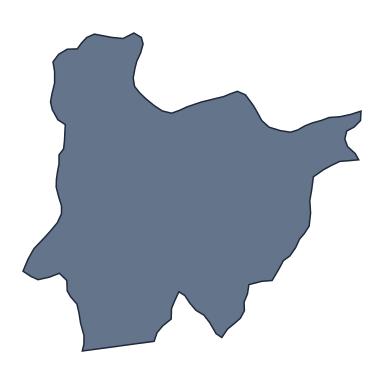 Serrana, São Paulo, Brazil (orthographic projection)
{"feature_id": "56859067B60558189940827", "entity_name": "Serrana", "entity_type": "district", "adm_level": 2, "iso_a3": "BRA", "parent_name": "Brazil", "parent_adm1": "São Paulo", "projection": "orthographic", "projection_center": [-47.608, -21.215], "detail": "fine", "context": "isolated", "style": "filled", "palette": "slate", "viewbox_px": 384, "rotation_deg": 0, "n_neighbors": 0, "source": "geoboundaries", "source_scale": "gbopen_adm2", "svg_char_len": 1619}
<svg xmlns="http://www.w3.org/2000/svg" viewBox="0 0 384 384"><path d="M133.9,33.0L123.1,38.5L111.7,37.4L102.2,35.6L94.4,34.1L86.7,37.5L81.5,43.1L77.2,48.9L67.1,49.2L58.6,54.4L53.0,61.9L54.6,71.5L54.6,83.1L51.9,94.2L50.5,102.1L52.3,109.6L57.8,119.7L65.3,124.6L64.9,131.8L64.5,140.6L63.6,148.9L59.0,154.9L59.0,164.0L57.5,171.8L56.4,179.3L56.2,187.2L58.9,197.5L61.5,205.9L61.5,213.7L57.3,222.8L50.8,230.6L45.6,236.4L34.0,248.6L28.1,259.0L23.0,271.2L30.9,276.4L38.0,279.7L49.2,277.2L59.4,273.3L66.8,280.5L67.2,290.8L70.6,296.8L76.9,304.0L79.0,313.0L80.5,322.8L84.0,335.6L83.9,344.3L82.3,351.0L154.1,341.3L157.1,332.6L162.7,325.9L171.2,319.0L171.5,308.5L175.0,300.1L178.9,291.8L184.9,295.6L189.6,302.8L195.9,310.3L203.9,315.1L209.8,322.8L216.1,333.7L221.8,337.5L227.5,329.1L235.2,322.8L240.4,318.2L244.4,310.7L244.1,302.1L247.5,293.8L248.9,284.6L261.9,281.3L272.1,280.5L279.2,268.5L283.4,260.6L289.8,256.0L295.6,247.7L299.6,239.0L304.2,233.7L309.1,226.2L310.6,213.0L309.8,200.6L311.6,190.3L313.4,176.8L323.2,169.9L330.6,165.8L339.8,161.4L350.0,160.6L358.7,159.8L355.3,153.7L347.5,146.5L344.8,139.0L346.7,131.1L354.2,127.0L360.5,120.6L361.0,111.1L350.4,114.5L340.1,116.7L329.1,117.5L321.2,120.5L312.7,122.8L305.0,125.8L297.6,130.0L290.5,132.2L280.2,130.6L269.1,127.2L261.7,120.5L257.4,112.5L253.5,105.8L245.5,94.9L237.4,91.3L229.9,94.0L223.6,96.6L216.9,98.2L208.8,100.2L201.8,101.9L195.5,104.0L187.0,106.9L179.6,110.3L171.6,113.2L162.4,111.0L154.3,105.7L145.8,98.7L139.8,93.0L134.6,86.5L133.2,78.0L135.0,68.1L136.8,61.2L140.6,53.0L143.1,44.0L141.3,37.4L133.9,33.0Z" fill="#64748b" stroke="#1e293b" stroke-width="1.5"/></svg>